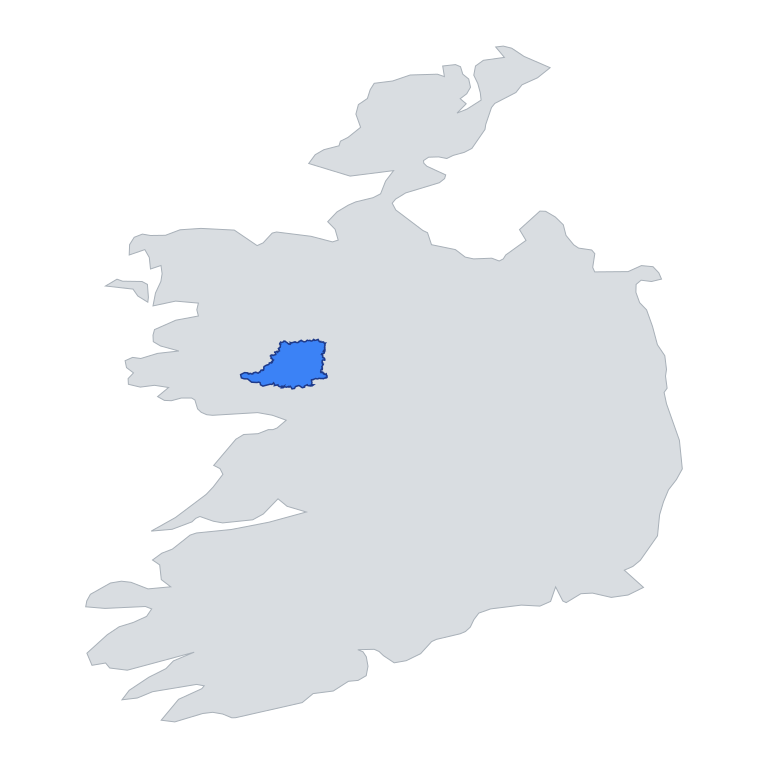 location of Tuam Lea-7, Galway, Ireland
{"feature_id": "5873133B37999422461820", "entity_name": "Tuam Lea-7", "entity_type": "district", "adm_level": 2, "iso_a3": "IRL", "parent_name": "Ireland", "parent_adm1": "Galway", "projection": "robinson", "projection_center": [-8.881, 53.529], "detail": "fine", "context": "in_parent", "style": "filled", "palette": "blue", "viewbox_px": 768, "rotation_deg": 0, "n_neighbors": 0, "source": "geoboundaries", "source_scale": "gbopen_adm2", "svg_char_len": 9388}
<svg xmlns="http://www.w3.org/2000/svg" viewBox="0 0 768 768"><path d="M515.9,92.5L494.8,103.4L491.5,107.5L485.7,124.6L485.0,129.4L471.9,148.4L464.4,152.3L453.2,155.4L446.8,158.5L438.7,156.9L428.6,157.2L423.5,160.6L423.8,163.2L426.8,166.2L445.7,174.9L444.6,178.6L439.4,182.7L405.7,192.9L395.6,199.1L392.2,203.2L395.8,210.0L422.9,230.5L427.5,232.7L431.5,244.7L455.4,249.6L465.2,257.1L473.6,258.9L491.8,258.2L499.2,261.0L503.3,258.9L505.7,255.0L526.0,240.4L519.5,229.6L539.9,211.1L545.6,211.3L555.3,217.0L563.3,224.8L566.0,235.4L573.7,244.8L578.6,248.1L591.7,250.0L594.8,253.7L592.7,267.4L594.7,271.9L628.1,271.6L641.4,265.6L653.0,266.7L658.8,272.8L661.5,279.1L651.5,281.5L641.1,280.2L636.1,284.4L635.9,292.3L639.6,302.6L646.6,309.9L652.5,326.4L657.4,344.7L664.8,355.7L666.5,369.4L665.5,376.1L667.1,388.2L664.1,392.4L666.5,403.8L679.4,440.3L682.3,468.9L676.4,479.6L668.5,489.8L663.5,501.8L659.6,514.8L657.5,535.8L640.3,560.3L632.9,566.4L624.3,570.2L643.5,587.4L628.1,595.0L611.3,597.4L592.5,593.1L580.9,593.7L566.2,602.6L562.8,601.0L555.6,586.9L550.6,601.4L539.9,606.1L521.4,605.1L490.6,608.9L478.8,613.1L473.9,619.6L470.3,627.1L465.5,631.5L460.1,633.8L436.3,639.4L431.6,641.6L420.6,653.7L406.2,660.7L394.2,662.8L383.5,655.7L379.1,651.5L374.2,649.3L357.8,649.7L363.0,651.8L366.3,656.8L368.0,666.3L366.2,675.7L358.1,680.4L348.4,681.3L333.3,691.0L313.1,693.6L302.2,702.6L235.6,717.7L231.8,717.8L222.6,714.0L212.7,712.3L202.7,713.5L174.8,721.9L161.2,720.2L178.6,699.3L201.8,688.7L204.2,685.8L196.6,684.4L152.6,691.7L137.3,698.0L122.0,699.8L129.2,690.3L148.9,677.2L166.0,668.6L173.4,660.9L194.2,652.2L127.3,670.2L109.7,668.0L105.6,663.0L92.0,665.3L86.9,653.2L107.3,634.7L119.1,626.8L133.1,622.5L146.6,616.4L151.7,608.9L145.4,606.5L105.0,608.4L85.7,606.8L86.8,600.9L90.4,594.3L110.5,583.0L121.4,581.2L131.0,582.3L148.0,588.9L170.7,586.8L161.3,579.6L159.7,564.9L152.5,560.0L161.8,553.2L172.4,549.1L190.1,535.1L196.4,533.0L231.3,529.5L269.0,522.2L306.3,512.0L287.1,506.3L278.0,498.8L263.3,514.0L252.7,519.8L222.7,522.9L213.3,521.2L199.9,516.5L195.8,518.3L191.9,521.9L172.1,529.3L151.2,531.1L175.5,517.5L206.3,494.3L213.2,487.0L222.9,474.3L220.0,468.6L213.7,465.4L235.9,439.2L243.7,434.5L258.0,433.7L268.4,429.6L273.0,429.6L277.1,428.0L286.2,420.2L272.2,415.2L257.6,412.6L212.6,415.3L206.7,414.7L201.2,412.3L197.6,408.9L194.9,400.0L191.6,398.0L181.4,398.0L171.4,400.7L164.4,400.4L157.6,396.6L168.6,387.5L154.5,385.3L140.3,387.1L128.4,384.3L128.1,378.6L133.5,372.9L126.5,367.6L125.1,360.7L132.6,357.4L140.8,358.5L157.5,353.4L178.9,351.0L160.6,346.0L153.3,341.7L153.0,335.2L154.5,329.6L175.8,320.2L198.4,316.0L196.8,309.8L198.4,303.1L175.6,301.1L153.0,305.9L155.5,293.0L160.9,281.4L162.1,273.7L161.0,265.5L150.5,269.0L149.3,257.5L144.8,249.6L129.2,255.0L129.6,244.6L134.2,237.3L142.4,234.1L150.5,235.5L165.5,235.3L180.0,229.8L200.9,228.4L234.3,230.1L257.1,245.6L263.1,242.9L272.2,233.1L276.5,232.0L311.0,236.3L332.5,241.9L338.2,240.1L335.1,229.3L327.7,221.7L337.0,211.9L348.2,205.2L355.7,201.9L373.0,197.7L380.6,193.8L385.6,181.1L393.6,170.6L350.1,176.1L308.7,163.5L315.2,154.7L323.9,149.7L339.0,145.8L340.4,141.2L348.0,137.4L360.6,127.3L355.9,114.1L358.4,104.6L367.4,98.5L370.2,89.7L374.2,83.3L392.6,81.0L410.2,75.0L437.4,74.2L444.4,76.6L442.7,66.0L455.5,64.6L460.5,66.7L462.8,74.2L468.7,79.0L470.5,87.3L466.7,93.8L460.2,98.7L466.2,103.8L457.0,113.1L467.0,109.1L481.1,100.1L480.3,92.8L477.8,83.5L473.8,75.2L475.5,66.0L483.4,60.3L504.4,57.4L495.7,47.0L503.3,46.1L511.7,48.2L524.0,56.4L550.1,67.7L537.5,77.8L522.0,84.8L515.9,92.5ZM148.4,297.3L147.8,302.2L137.8,296.0L133.0,289.1L105.5,286.0L117.0,279.2L122.6,281.2L142.0,281.5L147.4,284.4L148.4,297.3Z" fill="#d9dde1" stroke="#a8b0b8" stroke-width="1"/><path d="M320.8,378.6L322.0,378.5L322.3,378.6L322.5,378.5L323.6,378.7L323.9,378.4L324.5,378.1L325.9,378.0L325.9,377.5L326.8,377.6L327.1,377.1L326.9,375.5L326.5,375.4L326.2,373.8L325.1,374.4L324.3,374.2L323.5,373.8L323.5,373.6L323.7,373.4L323.4,373.3L323.4,373.1L323.1,373.1L322.7,372.1L321.4,371.9L321.4,372.0L321.5,372.2L322.0,372.4L321.0,372.6L320.6,371.9L321.1,369.7L321.5,369.2L322.3,369.5L322.4,367.9L322.3,367.7L322.1,367.7L322.0,366.9L321.8,366.7L322.0,366.3L322.3,366.1L322.5,365.8L322.8,364.8L323.2,364.6L323.3,364.3L322.6,364.2L322.5,363.9L322.6,363.6L322.4,363.6L322.3,363.4L322.2,363.1L322.3,362.8L322.2,362.7L322.3,362.6L322.1,362.5L322.3,361.9L322.1,361.6L322.3,360.4L322.7,360.1L323.6,360.0L324.7,360.2L324.9,360.0L324.7,359.1L324.5,358.8L324.6,358.7L324.4,358.3L324.2,358.2L323.9,357.8L323.3,357.8L322.8,357.5L322.9,357.4L322.9,357.1L322.9,356.8L322.6,356.2L322.7,355.4L322.7,355.0L321.7,354.6L322.1,354.3L322.1,354.0L322.0,353.7L322.5,353.7L324.2,353.1L324.5,351.9L324.0,351.7L323.6,351.4L323.2,351.5L323.2,351.4L323.4,351.1L323.6,351.2L324.1,351.0L324.1,350.8L324.5,350.7L324.4,350.5L324.5,350.5L324.3,350.3L324.2,350.1L324.7,349.8L324.6,349.7L324.8,349.5L324.7,349.3L324.9,349.0L324.7,348.5L324.8,348.5L324.7,348.2L324.5,347.7L324.6,347.4L324.8,347.3L324.6,346.8L324.8,346.3L324.7,345.9L325.0,345.6L324.8,344.8L325.1,344.2L325.1,343.8L325.0,343.6L325.3,343.4L325.5,343.1L324.5,343.2L324.3,343.3L323.6,342.0L323.2,342.0L322.9,341.9L322.6,342.2L320.0,341.9L319.9,341.8L320.0,341.7L319.9,341.6L320.0,341.5L319.3,341.5L318.6,340.6L318.1,340.0L318.4,339.9L318.1,339.4L315.7,340.3L314.3,340.4L314.1,339.6L313.5,339.4L312.9,340.3L312.0,340.9L311.4,341.0L310.7,340.9L310.3,340.7L309.9,340.3L309.1,340.6L308.1,340.6L307.5,340.2L306.9,340.4L305.8,341.5L304.7,341.8L303.8,341.8L302.7,341.2L302.0,340.9L301.9,341.0L301.6,340.8L301.5,340.4L301.3,340.3L300.7,340.5L300.5,340.8L300.3,340.8L300.0,341.0L299.8,341.1L299.7,341.3L299.4,341.3L299.4,341.5L299.2,341.5L299.0,341.8L298.8,341.8L298.7,342.0L298.3,342.2L298.1,342.5L297.1,342.6L296.5,342.5L296.0,342.3L295.5,342.3L295.1,342.0L295.1,341.9L294.9,341.9L294.7,341.9L294.5,342.2L293.9,342.1L293.6,342.3L293.0,342.4L292.7,342.6L292.3,342.6L292.1,342.7L291.4,342.7L290.4,342.5L290.8,343.0L290.9,343.3L290.7,343.5L290.5,343.9L290.1,344.4L289.7,344.3L288.7,344.1L288.5,343.8L288.6,343.7L288.1,343.6L286.9,342.5L285.2,341.5L285.1,341.2L284.6,341.2L284.0,341.0L283.8,341.5L282.9,342.1L281.8,342.4L281.2,342.4L280.6,342.1L279.7,343.6L279.6,343.9L279.6,344.0L280.2,344.4L280.6,344.4L280.2,345.1L280.4,345.6L280.4,345.9L280.4,346.2L280.2,346.6L280.3,346.8L280.3,347.0L280.2,347.3L279.6,347.6L278.4,348.5L278.6,348.9L278.9,349.0L278.8,349.4L279.0,349.5L279.4,350.1L279.4,350.3L279.3,350.5L279.4,350.9L278.9,351.0L278.6,351.2L278.1,351.2L278.0,351.7L277.8,352.0L277.7,352.3L277.5,352.1L277.0,351.4L276.8,351.4L276.6,351.4L276.1,351.9L275.8,352.0L274.7,352.1L274.7,352.3L275.1,352.5L275.5,353.3L275.8,354.0L275.8,354.5L273.6,355.2L272.9,355.1L272.8,355.4L271.9,355.0L271.4,355.0L271.1,355.1L270.5,355.8L270.8,355.9L271.1,357.3L271.1,357.7L271.5,358.0L271.1,358.4L271.3,358.6L272.0,358.7L272.3,359.1L272.6,359.2L272.7,359.3L272.7,359.5L272.8,359.7L272.7,359.8L272.8,360.1L273.3,360.2L272.8,360.7L272.7,361.0L272.4,361.0L272.4,361.3L272.1,361.3L271.7,361.7L271.8,361.9L271.7,362.1L272.1,362.4L271.9,362.6L271.7,362.9L271.3,362.9L271.2,362.7L271.1,362.8L271.0,362.7L270.9,362.9L270.1,362.8L269.3,363.0L269.3,363.5L268.8,364.4L268.0,364.8L267.6,364.8L267.3,365.0L267.1,364.9L266.9,365.1L266.6,365.2L266.5,365.3L265.7,365.5L264.5,366.4L264.2,366.4L264.0,366.6L264.0,367.0L263.8,367.4L263.9,368.8L263.7,369.0L263.7,369.3L263.5,369.6L263.3,369.7L263.3,370.0L263.2,370.1L263.3,370.3L262.4,370.5L262.0,370.0L261.0,370.2L260.9,370.7L260.6,370.8L260.4,371.3L260.0,371.6L260.1,371.8L259.8,372.3L259.6,372.3L259.4,372.2L259.2,372.2L258.4,373.1L257.4,373.0L256.8,372.5L256.3,372.5L255.8,372.4L255.7,372.2L255.2,372.2L254.8,372.6L254.4,372.6L254.2,372.7L253.7,372.7L253.3,373.1L252.9,373.3L253.0,373.7L252.2,373.9L252.0,374.1L251.2,373.8L251.0,373.5L250.7,373.4L250.6,373.5L250.1,373.5L249.8,373.7L249.4,373.5L249.1,373.7L248.9,374.0L248.6,373.9L248.3,374.0L248.1,373.8L248.3,373.6L247.9,372.9L244.6,372.6L240.6,374.6L241.4,377.9L244.1,378.8L247.6,378.9L251.6,382.2L257.0,382.5L258.7,382.1L260.1,382.6L260.5,384.8L262.9,386.1L270.2,384.2L270.9,384.3L271.6,384.4L271.9,384.4L272.6,383.9L272.9,383.4L273.5,383.2L273.6,382.9L274.1,383.4L274.2,384.3L274.3,384.6L274.4,385.2L274.5,385.3L274.4,385.6L274.9,385.5L275.1,385.4L275.7,385.3L275.9,385.1L276.0,385.2L277.1,385.1L277.9,384.8L278.0,385.5L278.6,386.1L279.2,386.5L280.8,387.0L281.1,386.7L281.4,386.2L282.4,386.2L283.1,386.4L283.8,386.3L284.1,386.1L283.9,386.5L283.2,386.7L282.7,387.4L282.1,387.7L282.0,387.8L283.2,387.7L284.0,387.1L285.0,386.7L285.6,387.0L286.5,387.2L288.4,386.5L288.5,387.0L289.2,387.1L290.1,386.2L291.3,387.6L292.0,388.9L293.3,388.6L294.4,388.5L294.8,388.0L295.3,386.8L295.8,386.4L296.4,386.4L296.6,386.3L296.6,386.2L297.4,386.0L298.2,385.6L298.4,385.7L298.8,385.6L299.3,385.7L300.7,386.6L301.7,387.4L302.4,387.7L304.3,387.2L304.1,386.9L304.6,386.5L304.5,386.1L305.5,385.5L306.1,385.4L306.6,385.0L307.3,384.7L307.6,385.2L307.6,385.3L307.7,385.5L307.9,385.6L309.1,385.8L310.0,385.9L310.0,385.7L310.7,386.0L311.4,385.8L312.0,385.9L312.3,385.7L313.6,384.8L311.3,384.7L311.5,384.4L311.8,383.3L311.9,383.1L311.9,382.5L311.9,382.3L311.4,380.8L311.5,380.5L311.5,380.1L311.5,379.8L311.9,379.7L312.2,379.9L312.6,379.6L312.9,379.7L313.6,379.5L314.2,379.0L314.9,378.9L315.7,378.5L316.6,378.8L317.4,378.9L318.3,378.7L318.9,378.3L320.7,378.5L320.8,378.6Z" fill="#3b82f6" stroke="#1e3a8a" stroke-width="1.5"/></svg>